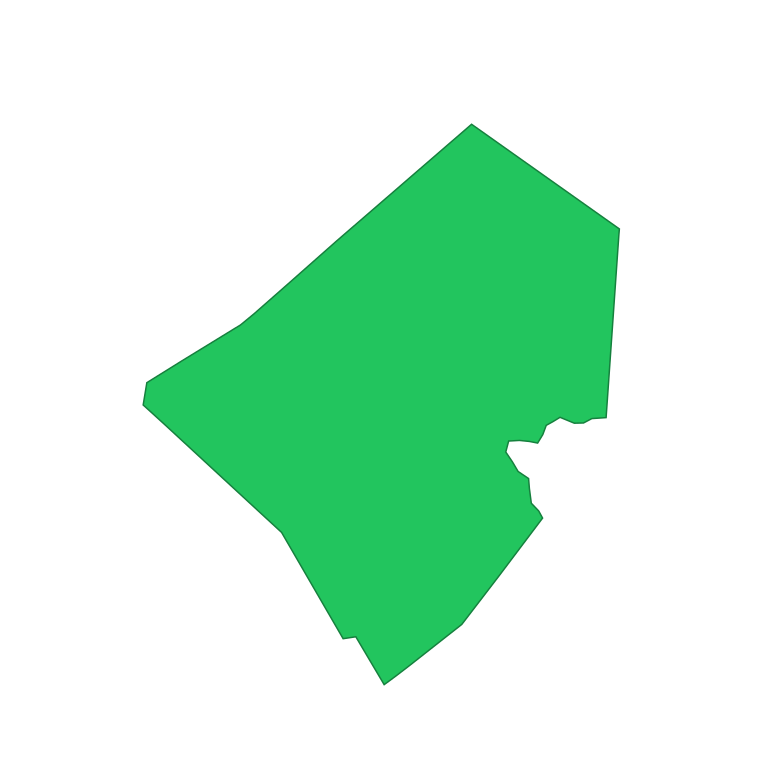 Vera Mendes, Piauí, Brazil, rotated 115°
{"feature_id": "56859067B19964079980967", "entity_name": "Vera Mendes", "entity_type": "district", "adm_level": 2, "iso_a3": "BRA", "parent_name": "Brazil", "parent_adm1": "Piauí", "projection": "natural_earth1", "projection_center": [-41.499, -7.609], "detail": "fine", "context": "isolated", "style": "filled", "palette": "green", "viewbox_px": 768, "rotation_deg": 115, "n_neighbors": 0, "source": "geoboundaries", "source_scale": "gbopen_adm2", "svg_char_len": 687}
<svg xmlns="http://www.w3.org/2000/svg" viewBox="0 0 768 768"><g transform="rotate(115 384 384)"><path d="M483.0,599.5L504.8,593.4L513.1,566.7L543.8,470.6L561.8,414.1L632.1,313.4L625.0,302.7L656.4,256.8L643.6,249.8L628.6,242.0L569.0,211.9L529.8,203.2L509.0,198.6L438.5,183.6L433.7,190.1L429.8,200.1L417.2,208.1L408.6,213.0L406.6,225.5L400.3,234.7L394.2,244.9L383.0,246.9L377.9,237.4L374.6,227.9L372.6,219.8L362.7,218.7L352.9,219.5L346.6,214.9L339.8,210.4L339.1,195.0L335.0,186.7L327.5,181.0L320.6,168.5L150.0,234.0L144.0,236.2L111.6,414.4L274.4,487.4L334.6,513.6L375.4,531.5L391.3,539.1L396.5,542.6L448.2,576.8L483.0,599.5Z" fill="#22c55e" stroke="#15803d" stroke-width="1.5"/></g></svg>